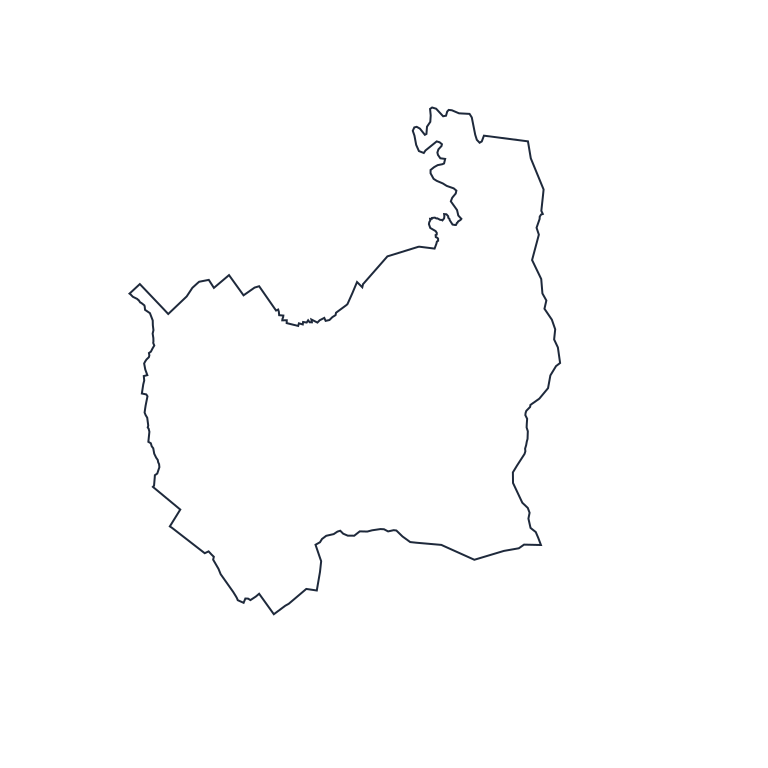 Ga Central Municipal, Greater Accra, Ghana (Robinson projection), rotated 145°
{"feature_id": "2480657B96936068561499", "entity_name": "Ga Central Municipal", "entity_type": "district", "adm_level": 2, "iso_a3": "GHA", "parent_name": "Ghana", "parent_adm1": "Greater Accra", "projection": "robinson", "projection_center": [-0.313, 5.617], "detail": "fine", "context": "isolated", "style": "outline", "palette": "slate", "viewbox_px": 768, "rotation_deg": 145, "n_neighbors": 0, "source": "geoboundaries", "source_scale": "gbopen_adm2", "svg_char_len": 4042}
<svg xmlns="http://www.w3.org/2000/svg" viewBox="0 0 768 768"><g transform="rotate(145 384 384)"><path d="M155.8,435.6L145.4,447.5L141.7,451.8L134.3,484.7L126.9,500.2L159.7,530.1L164.8,526.6L167.3,526.8L167.9,530.8L166.3,535.9L159.2,552.0L159.0,556.2L167.3,562.7L171.4,569.3L173.8,571.4L176.0,570.9L179.3,568.2L182.0,569.4L183.4,579.6L186.0,582.9L188.5,582.9L191.7,577.2L195.7,572.2L201.2,570.1L205.8,564.5L207.6,564.7L208.1,572.6L209.7,575.9L212.0,576.8L215.2,574.9L216.6,570.0L220.5,561.4L221.8,554.8L218.9,550.4L216.1,551.5L201.7,552.5L199.8,550.1L199.0,547.2L200.5,545.9L201.2,545.8L204.8,545.0L207.5,543.0L208.4,540.7L208.4,536.6L204.8,533.3L208.3,530.2L210.2,530.6L214.5,532.5L218.6,532.9L223.1,532.6L225.0,529.9L225.7,523.6L224.3,520.2L220.8,514.6L219.0,510.3L214.7,504.3L213.8,500.9L216.0,498.9L221.2,497.5L224.5,495.3L224.4,484.6L226.5,479.4L225.9,474.9L227.2,474.5L229.6,474.6L230.3,474.6L231.2,474.0L232.0,474.1L233.7,473.0L234.5,473.4L236.4,475.3L236.2,480.5L235.7,481.7L236.0,483.3L235.2,484.6L235.5,487.2L237.3,488.7L238.3,486.8L239.8,485.2L242.3,484.5L242.6,485.3L243.8,486.2L245.3,489.1L246.2,489.6L246.9,491.1L249.5,492.5L250.2,491.9L251.5,492.9L252.2,491.5L254.1,490.6L255.5,489.2L256.6,485.3L254.0,479.6L254.1,477.5L255.1,476.2L256.3,476.4L257.3,474.6L256.8,473.7L256.4,473.1L256.4,471.9L257.0,471.1L257.5,470.3L259.0,470.3L260.7,468.8L264.9,465.9L276.3,476.2L277.2,476.7L308.0,486.6L343.1,478.0L343.8,477.9L346.3,475.7L347.6,483.0L357.9,476.5L368.1,470.4L369.5,470.2L382.4,469.9L384.2,468.2L387.9,468.4L392.0,467.7L395.6,469.2L395.0,472.4L400.1,473.1L403.3,472.5L406.5,478.5L407.7,475.9L409.5,477.2L409.6,479.7L412.1,478.7L414.7,481.2L416.4,479.4L418.9,482.5L421.0,480.8L428.8,489.7L427.1,492.0L430.8,494.5L429.8,495.6L428.4,496.5L427.2,497.8L430.4,500.5L428.7,503.5L428.0,505.7L430.3,506.1L430.2,534.6L430.2,535.7L434.7,537.2L435.6,537.2L448.2,537.2L448.5,562.1L468.2,560.3L467.8,569.8L476.8,573.8L478.7,573.6L485.8,572.7L495.4,568.9L520.6,565.1L521.7,572.8L526.7,605.9L540.6,604.0L540.4,603.4L540.2,602.7L539.7,599.5L537.3,595.1L537.3,594.3L536.9,593.6L536.9,590.6L536.3,589.6L535.2,585.9L535.5,584.9L537.2,581.8L535.1,576.3L537.0,568.7L539.6,564.8L542.0,560.3L544.6,558.0L546.6,553.9L548.4,551.2L549.5,550.0L550.1,547.3L553.4,545.8L556.4,544.2L558.8,544.2L559.8,542.0L561.3,540.8L564.5,540.3L566.8,539.4L568.7,538.4L571.2,532.9L572.8,527.0L576.2,528.3L578.4,524.4L581.4,521.8L587.8,515.1L584.7,511.8L584.8,509.6L591.6,503.1L594.0,500.6L596.5,497.9L597.1,495.2L597.3,492.2L601.0,485.1L602.5,483.9L602.4,482.5L603.6,479.4L610.2,471.8L609.0,469.2L610.0,466.2L609.9,463.7L612.2,458.7L612.9,454.3L612.9,451.6L613.9,449.3L614.2,447.4L615.7,444.7L621.1,440.7L624.0,440.7L625.6,438.7L630.7,432.6L632.3,432.3L631.8,430.4L622.9,398.0L641.1,390.2L640.1,387.6L627.9,348.2L623.7,347.5L623.1,343.2L622.5,340.1L624.7,338.1L625.6,327.5L626.9,321.9L626.8,300.2L627.1,294.9L627.3,292.9L627.8,290.8L626.5,288.6L624.5,285.3L620.6,287.8L618.4,286.1L617.4,283.6L610.9,283.4L606.6,283.8L606.3,258.6L592.0,259.0L588.1,258.6L565.2,260.7L557.5,253.4L544.2,266.8L537.1,274.9L536.3,277.8L532.3,291.6L527.2,291.1L523.7,292.6L518.4,292.8L511.3,289.9L506.8,289.8L504.0,288.9L503.3,284.8L500.7,280.6L495.4,276.8L488.4,277.2L482.3,272.7L477.7,271.0L470.1,267.2L467.3,265.0L465.2,260.9L459.9,258.7L457.9,256.9L456.3,248.5L453.2,239.5L448.5,235.4L429.3,219.3L428.2,217.4L410.8,188.2L381.5,178.5L367.8,172.1L361.4,172.1L347.8,162.1L345.9,169.5L344.6,175.7L346.0,180.3L346.5,182.1L342.9,190.9L338.6,195.0L337.3,200.0L338.8,207.4L335.1,228.9L329.1,237.7L321.8,240.9L309.0,246.1L306.8,247.8L305.5,250.1L302.6,252.4L300.1,254.9L297.9,256.7L293.3,262.8L292.1,266.6L290.1,269.2L286.7,273.4L286.1,277.4L284.6,279.1L282.8,280.4L277.5,281.4L276.0,282.9L265.2,282.9L252.0,286.5L242.8,295.6L232.8,300.0L227.7,300.2L220.6,314.2L219.1,322.9L212.4,330.6L209.6,340.4L209.4,353.6L203.1,359.3L202.3,367.3L195.0,379.8L191.6,400.6L171.5,417.5L169.4,424.5L161.9,429.9L160.4,431.8L158.1,432.7L156.4,432.2L155.8,435.6Z" fill="none" stroke="#1e293b" stroke-width="2"/></g></svg>